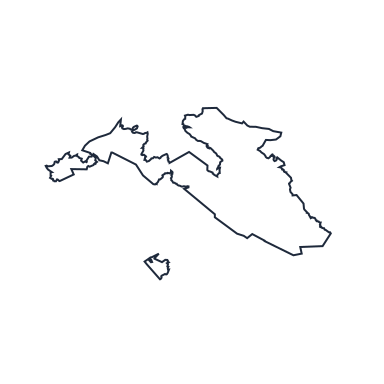 the district of Silacayoápam, Oaxaca, Mexico, rotated 296°
{"feature_id": "50627088B16315495781471", "entity_name": "Silacayoápam", "entity_type": "district", "adm_level": 2, "iso_a3": "MEX", "parent_name": "Mexico", "parent_adm1": "Oaxaca", "projection": "natural_earth1", "projection_center": [-98.148, 17.589], "detail": "fine", "context": "isolated", "style": "outline", "palette": "slate", "viewbox_px": 384, "rotation_deg": 296, "n_neighbors": 0, "source": "geoboundaries", "source_scale": "gbopen_adm2", "svg_char_len": 6067}
<svg xmlns="http://www.w3.org/2000/svg" viewBox="0 0 384 384"><g transform="rotate(296 192 192)"><path d="M179.7,278.7L179.6,310.9L184.7,317.6L190.0,313.4L200.6,333.1L215.6,334.9L215.8,334.6L215.6,334.3L216.3,333.6L215.8,332.7L216.5,328.8L216.3,327.8L217.3,326.6L217.0,326.1L217.0,325.3L216.7,324.9L217.4,323.2L217.2,323.1L217.3,322.9L216.8,322.8L216.8,322.5L217.5,322.4L217.6,322.0L218.5,321.9L218.7,321.3L220.9,321.0L220.7,320.6L220.7,319.1L221.0,318.7L220.4,316.9L220.6,316.5L221.1,316.4L221.1,315.5L221.9,314.7L222.5,313.6L222.0,312.3L222.1,311.3L221.8,310.8L221.4,310.9L220.7,310.3L221.2,310.0L221.0,309.8L221.6,309.3L221.5,308.7L222.1,308.2L222.6,307.2L223.5,306.6L223.8,305.9L223.6,304.3L224.2,304.2L225.5,300.7L226.2,299.9L230.5,297.3L235.1,287.3L233.0,283.9L234.1,283.3L235.2,280.5L237.3,278.9L239.1,278.7L241.8,275.7L242.2,275.5L243.0,276.0L244.6,276.2L245.9,276.9L246.3,276.1L248.2,274.7L250.5,268.1L251.0,268.1L250.6,266.6L251.0,266.2L250.8,265.6L252.1,264.7L252.2,263.8L251.8,263.8L251.7,263.1L252.7,262.2L252.9,260.7L252.6,259.7L254.0,260.6L256.7,263.4L259.0,261.4L259.3,258.6L260.5,253.4L259.8,253.3L259.3,253.8L258.8,253.4L258.1,253.9L257.1,253.7L256.0,252.7L256.3,251.7L257.2,250.9L257.9,250.9L259.2,250.1L259.6,250.9L260.0,250.7L260.4,249.6L259.6,248.3L261.0,248.0L261.0,247.7L258.7,246.8L257.4,246.7L255.8,245.9L255.5,244.2L255.9,242.9L256.7,242.0L257.6,240.2L258.0,237.1L258.7,235.2L258.8,232.5L260.4,232.4L261.9,234.0L263.4,234.5L264.4,235.2L271.2,235.6L273.0,239.8L276.0,244.5L280.8,247.0L284.5,246.2L282.3,238.3L282.4,233.5L280.1,227.0L278.6,220.9L276.0,215.3L276.0,212.6L277.9,207.5L275.6,206.9L274.2,200.3L273.8,196.6L273.7,192.0L273.4,190.7L275.1,186.8L278.4,177.3L272.3,165.5L272.1,165.7L271.5,165.1L271.0,165.1L269.3,166.2L266.9,166.6L264.5,164.8L263.9,164.5L263.3,164.7L261.5,163.0L261.5,162.5L262.1,161.3L262.1,159.7L260.0,155.9L259.7,154.5L257.6,152.2L257.2,152.7L254.8,153.8L253.8,153.0L251.8,152.7L248.9,153.7L249.2,154.5L248.0,155.7L248.5,156.7L248.4,157.4L248.9,158.7L249.2,160.8L249.1,161.5L248.4,160.0L247.8,159.0L247.3,158.9L246.9,158.0L246.9,156.7L246.4,155.9L245.7,156.7L245.5,157.7L244.0,159.3L243.2,161.9L243.0,164.4L242.0,166.5L241.5,166.9L241.6,171.2L240.7,173.0L240.5,175.0L241.3,176.5L241.6,177.8L241.3,181.0L241.8,184.9L240.3,184.9L240.3,185.7L239.3,185.4L238.6,186.7L238.7,187.6L238.9,187.4L239.4,187.5L239.6,189.4L238.4,193.2L237.8,193.9L237.2,196.9L235.7,198.8L235.6,199.7L235.8,200.1L235.6,201.6L235.1,202.1L234.4,204.9L233.5,205.6L231.5,204.4L231.0,204.3L228.9,205.1L227.8,204.8L227.4,204.4L225.7,204.6L224.1,204.4L223.8,204.5L225.8,205.7L226.2,206.5L224.1,207.0L221.2,208.6L220.8,208.0L219.1,207.5L217.9,207.3L217.0,207.9L217.2,204.3L217.6,203.5L217.6,202.6L218.5,202.0L218.3,198.9L218.0,197.9L218.2,196.7L218.5,196.1L222.6,194.3L226.7,171.8L208.3,159.1L209.0,158.7L209.0,157.5L210.0,157.0L210.3,156.2L211.8,156.2L212.3,155.5L212.2,155.0L213.5,154.6L214.3,153.9L215.0,153.0L215.0,152.4L211.6,149.6L209.7,148.7L208.8,148.7L207.9,148.1L208.1,145.8L207.1,144.4L206.9,142.6L205.2,142.1L204.4,140.8L203.5,140.7L201.0,139.7L199.5,138.1L200.5,136.3L200.1,135.4L200.8,135.4L200.9,135.0L201.4,135.1L202.7,134.6L203.6,135.2L203.9,134.8L204.4,132.4L203.3,131.1L203.4,130.1L204.0,129.9L207.9,130.2L208.9,129.5L210.1,129.2L210.2,128.7L209.8,127.8L211.9,128.5L212.8,127.6L214.4,128.0L215.4,129.1L216.3,128.9L218.7,129.6L219.3,128.8L220.3,128.6L222.2,127.4L224.9,126.7L226.1,125.8L225.2,125.2L224.5,124.0L223.7,123.6L222.6,122.5L221.5,116.3L221.1,115.4L220.6,115.3L219.7,114.2L219.4,112.8L220.0,111.6L221.2,111.8L222.0,112.1L222.6,113.0L225.0,114.6L227.1,114.4L227.5,113.8L227.5,113.3L225.2,111.3L224.1,110.8L222.4,110.8L221.7,110.5L221.3,109.5L221.6,108.4L221.0,106.3L219.7,104.8L218.7,103.2L218.6,101.6L219.1,100.9L220.7,101.1L221.3,100.7L221.3,99.8L221.0,99.2L220.1,99.0L219.7,98.6L226.0,96.3L222.4,95.2L216.5,94.5L209.0,92.7L205.4,89.4L200.0,83.7L192.5,77.7L186.7,75.5L181.4,75.1L182.5,83.4L181.7,83.8L181.9,85.2L181.6,85.9L179.8,86.2L178.6,83.9L174.0,83.4L173.1,84.2L172.6,84.1L172.6,83.5L173.0,82.8L170.8,81.3L171.1,80.2L171.6,78.6L173.6,78.3L173.2,75.8L173.9,74.6L173.8,73.1L174.0,72.7L175.3,72.3L174.8,71.9L173.9,71.8L172.8,70.2L170.2,68.8L169.2,66.9L171.3,66.7L171.6,64.9L171.9,64.1L172.5,63.9L173.2,64.2L173.6,64.1L170.7,61.7L164.5,60.5L163.1,57.9L162.2,58.7L159.9,58.8L159.5,58.4L159.4,57.6L160.0,56.9L159.4,55.7L158.9,55.4L156.8,55.9L155.4,55.5L153.9,54.6L151.9,51.2L152.0,49.8L151.3,49.1L150.0,50.9L149.1,52.7L148.4,57.3L147.7,56.3L145.0,57.6L144.9,58.3L142.5,58.2L142.3,60.2L142.7,60.6L142.7,61.4L141.5,62.1L141.7,62.8L141.3,63.6L142.0,65.0L144.2,65.2L144.3,65.9L143.7,68.0L144.2,68.6L155.9,78.0L159.7,73.5L166.2,87.4L168.9,86.9L169.9,87.4L169.9,88.9L173.0,91.6L174.1,91.8L174.2,91.7L175.2,92.1L175.1,92.9L176.3,92.8L177.4,93.4L178.0,91.2L180.4,90.6L181.3,87.5L182.9,87.0L182.3,91.0L179.9,94.8L180.9,99.0L180.9,103.8L192.1,102.2L192.5,103.0L192.1,129.6L185.4,140.7L182.1,153.8L182.6,155.5L183.5,155.9L183.6,156.8L184.4,156.5L186.2,157.0L188.9,156.9L189.4,157.9L192.3,159.2L193.4,158.9L194.0,158.1L195.5,158.9L196.0,159.5L196.9,159.5L197.6,160.6L197.9,161.5L198.5,161.7L198.9,163.6L199.2,163.9L200.5,164.4L201.9,163.8L201.5,165.5L201.0,165.9L200.4,165.2L199.6,166.4L198.3,165.9L198.0,166.1L197.6,166.9L196.4,167.3L195.2,167.0L194.8,167.6L193.5,168.2L193.2,169.4L192.1,171.1L192.7,172.3L192.3,173.7L192.7,174.6L192.1,175.5L191.9,177.0L192.3,178.1L192.3,180.1L193.0,181.5L193.6,182.1L194.2,184.3L195.2,185.4L195.5,186.4L194.6,186.8L191.4,183.6L182.0,222.3L179.3,223.6L174.3,250.8L175.3,257.7L174.7,261.8L180.6,264.6L180.1,278.6L179.7,278.7ZM107.2,183.1L99.5,201.5L99.9,201.9L101.6,202.2L102.8,201.3L103.4,201.4L106.5,203.7L106.5,204.8L107.1,205.4L108.6,205.6L112.3,205.3L111.8,204.4L113.1,203.5L114.5,203.5L114.4,202.5L116.5,202.1L117.0,200.7L118.6,201.9L118.8,200.7L119.7,200.4L120.1,199.6L119.3,197.7L115.8,195.8L115.6,187.5L115.8,187.3L122.0,189.2L115.8,184.5L115.0,183.4L113.7,182.7L113.1,185.1L111.6,186.8L110.9,185.9L112.4,182.0L108.7,179.9L107.2,183.1Z" fill="none" stroke="#1e293b" stroke-width="2"/></g></svg>